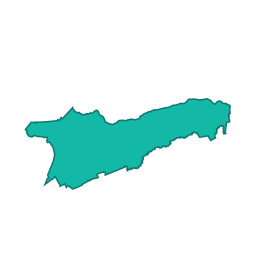 outline of Pesquería, Nuevo León, Mexico, rotated 331°
{"feature_id": "50627088B93761712113478", "entity_name": "Pesquería", "entity_type": "district", "adm_level": 2, "iso_a3": "MEX", "parent_name": "Mexico", "parent_adm1": "Nuevo León", "projection": "albers", "projection_center": [-99.931, 25.747], "detail": "fine", "context": "isolated", "style": "filled", "palette": "teal", "viewbox_px": 256, "rotation_deg": 331, "n_neighbors": 0, "source": "geoboundaries", "source_scale": "gbopen_adm2", "svg_char_len": 5809}
<svg xmlns="http://www.w3.org/2000/svg" viewBox="0 0 256 256"><g transform="rotate(331 128 128)"><path d="M228.0,158.1L227.5,156.9L226.5,155.7L226.2,155.0L225.5,154.2L225.3,153.8L223.5,153.0L222.8,152.4L222.7,151.8L222.8,151.5L222.8,151.2L222.1,149.7L221.4,148.9L220.4,148.4L219.3,148.5L218.2,148.4L216.9,148.8L216.4,149.2L215.9,149.3L215.5,149.1L215.1,148.7L214.8,148.3L214.0,146.3L213.9,145.0L213.5,143.8L211.3,140.8L210.2,140.3L206.6,139.3L205.7,138.8L204.2,138.1L201.1,135.6L199.2,134.4L198.4,134.0L197.5,133.8L195.9,132.6L194.9,132.4L194.4,132.4L191.6,133.5L190.8,133.7L190.0,133.7L188.9,133.4L188.0,133.5L186.1,132.0L181.9,131.4L180.4,131.0L179.3,130.3L177.5,129.9L173.6,129.7L170.2,128.3L169.6,128.2L167.4,127.5L163.6,126.6L161.4,125.9L160.7,125.3L159.9,124.9L157.1,124.5L155.5,124.7L155.1,124.2L153.8,123.8L150.8,123.7L149.4,123.4L148.0,123.4L146.7,123.9L146.1,124.0L145.9,123.8L144.9,123.6L144.1,123.8L143.8,124.5L143.3,124.7L142.0,125.0L140.9,125.0L139.7,124.6L137.6,124.1L137.2,123.5L136.9,123.4L136.5,122.8L135.0,121.7L133.0,121.4L132.3,120.8L130.5,120.8L128.9,120.1L128.5,119.6L127.9,119.3L126.7,118.4L125.9,118.1L124.4,117.3L123.1,117.2L121.6,117.6L119.7,117.8L118.9,117.7L118.0,117.8L117.3,117.5L116.6,117.6L115.1,116.7L114.8,116.1L112.6,114.0L112.0,112.6L111.2,112.1L111.0,111.9L111.0,111.6L111.4,110.7L111.5,108.8L111.8,108.0L111.6,107.5L111.6,106.1L111.2,105.3L110.9,104.4L110.0,103.6L109.5,102.5L109.5,101.9L109.9,100.5L110.0,98.7L109.8,98.2L109.3,97.4L108.3,97.1L106.7,97.0L105.5,97.6L104.7,97.8L104.2,97.8L103.5,97.3L103.0,97.2L102.9,97.0L102.2,96.4L101.5,96.7L99.9,96.5L99.6,96.2L99.6,95.9L99.5,95.7L97.9,95.6L97.6,95.5L97.7,95.3L97.6,95.2L96.9,95.5L96.2,95.2L95.5,94.5L94.7,94.2L94.1,93.4L93.7,93.2L93.6,92.5L93.1,91.6L92.8,91.3L93.0,90.9L91.7,90.2L91.0,89.7L90.3,88.9L89.9,88.1L89.4,87.5L89.4,87.2L89.5,86.5L89.6,85.8L89.1,84.4L89.5,83.3L74.9,88.2L74.7,86.4L71.9,87.8L71.8,87.7L71.4,87.9L70.8,86.7L69.4,87.1L68.9,87.0L58.0,82.3L51.3,78.9L51.1,79.1L50.4,78.2L49.6,78.8L49.4,78.7L49.6,78.1L45.8,76.0L45.1,76.7L43.6,77.0L37.7,79.6L37.8,79.9L37.6,80.0L38.0,81.5L37.6,82.4L37.1,83.1L37.2,84.4L36.9,84.9L37.2,85.7L37.4,87.2L38.4,87.9L38.8,88.7L39.1,88.9L40.5,89.4L41.0,89.4L41.3,89.0L41.6,88.9L42.7,89.3L44.3,91.1L44.9,91.4L45.5,92.1L47.2,93.0L48.9,94.2L49.8,95.5L51.9,96.6L52.9,97.0L52.2,98.6L50.8,99.6L50.5,101.6L52.1,102.2L52.5,102.7L52.9,105.9L52.9,109.8L50.9,115.9L46.8,120.7L35.0,130.2L34.7,132.0L34.8,133.2L33.1,133.0L28.0,137.2L35.6,136.0L37.2,136.3L39.8,135.4L40.7,135.2L40.8,145.4L40.4,145.9L44.7,146.3L45.3,146.3L45.6,146.2L45.3,150.0L46.3,149.5L47.0,149.5L48.3,150.5L49.9,154.5L52.5,155.0L58.7,155.6L60.6,155.6L60.9,155.1L67.6,155.1L67.6,154.9L67.9,154.9L67.9,154.7L68.6,155.4L69.5,155.5L70.6,155.3L74.1,155.6L75.3,156.4L78.0,156.8L78.3,153.4L83.6,154.1L86.3,155.4L86.7,155.8L85.3,158.1L106.7,160.7L107.0,160.1L107.9,160.7L108.8,161.7L107.1,163.4L106.7,165.1L107.1,165.2L107.7,164.4L108.1,164.4L108.4,164.6L109.4,164.4L109.5,165.2L111.0,165.7L111.6,165.8L111.8,165.2L112.4,165.1L112.7,165.6L113.3,165.6L114.0,166.0L114.7,166.3L114.5,166.5L115.6,167.4L116.2,167.4L116.5,167.7L117.0,167.4L117.4,167.5L117.6,167.9L118.1,167.6L118.6,167.0L119.0,167.3L119.2,167.1L121.0,167.1L121.6,166.3L121.3,166.0L121.5,165.7L122.6,165.4L123.4,165.7L123.8,165.2L124.2,165.0L123.9,163.7L124.2,163.2L125.0,163.5L125.5,163.3L125.6,163.7L125.6,163.0L125.8,162.4L126.4,162.5L126.6,161.2L126.3,160.8L126.3,160.6L126.8,160.7L127.3,160.4L127.6,160.5L128.0,160.3L129.0,160.5L130.7,160.3L131.3,160.5L131.7,160.8L132.2,160.8L132.5,160.7L132.7,160.2L132.2,159.8L132.3,159.6L132.5,159.5L133.0,159.7L133.4,160.2L133.6,160.2L133.9,159.8L134.0,159.3L134.3,159.2L135.1,159.2L135.5,159.3L135.9,159.7L136.6,159.8L137.1,159.7L137.4,159.3L138.1,159.5L138.8,159.0L139.3,158.9L140.5,159.3L140.6,159.6L141.1,159.7L141.3,159.4L141.1,159.1L141.1,158.9L141.5,158.5L142.0,158.4L142.4,158.6L143.5,158.5L143.9,158.7L144.4,159.1L145.2,159.6L145.3,159.6L145.6,159.4L146.0,159.8L146.3,160.0L146.2,160.8L146.6,160.8L147.0,161.1L147.6,161.6L148.1,161.3L148.6,161.2L148.8,160.7L149.0,160.6L149.6,160.6L150.5,161.2L150.9,161.9L151.7,162.4L152.2,162.4L152.2,162.9L152.3,163.1L152.7,163.1L153.1,162.7L153.5,162.6L153.9,162.8L154.4,163.3L155.1,163.2L155.7,162.8L156.3,162.9L157.0,162.5L157.2,162.2L157.9,162.4L158.0,161.9L158.3,161.2L157.8,160.7L158.1,160.2L158.3,160.1L159.4,160.2L160.2,160.1L160.8,160.6L161.8,160.8L162.3,160.7L163.0,160.9L163.4,160.9L163.4,160.3L163.6,160.2L164.7,160.6L165.4,160.4L166.9,160.7L167.8,161.0L168.3,161.5L168.4,161.8L168.5,161.8L168.7,161.3L169.6,161.3L169.5,161.9L170.0,161.9L170.4,162.1L171.0,162.7L171.1,163.0L171.3,163.1L171.6,163.0L171.7,163.6L172.1,163.6L172.3,163.9L172.7,164.1L172.8,164.3L173.0,164.4L173.2,164.1L174.4,164.2L174.9,163.9L175.0,164.0L175.5,164.0L175.7,163.6L175.6,163.9L175.9,163.9L176.0,164.0L176.4,163.8L177.0,163.9L177.5,163.8L177.8,163.5L178.9,164.1L180.0,164.3L180.3,164.1L180.3,164.3L181.0,164.3L181.4,164.0L181.3,164.3L182.3,163.6L182.7,163.6L183.0,163.9L184.6,164.1L184.7,164.3L184.5,164.5L184.8,164.7L185.1,165.1L185.2,165.5L185.1,165.9L186.1,166.3L186.0,166.5L186.1,170.8L194.2,173.7L194.2,179.0L199.8,179.1L199.8,177.7L201.5,174.9L202.8,175.8L205.0,172.6L204.9,172.5L205.2,172.5L205.4,172.3L205.1,172.3L205.2,171.8L205.9,171.5L207.7,171.8L207.5,171.3L207.6,171.0L208.1,171.1L208.4,170.9L208.8,171.1L209.3,171.0L209.4,170.7L211.1,171.1L211.2,171.6L211.0,172.0L212.0,172.0L211.9,172.3L212.3,172.7L212.2,173.4L211.9,173.9L211.4,174.4L211.1,174.4L211.0,174.7L210.8,175.7L210.5,176.6L209.6,177.1L209.4,177.8L209.1,179.8L210.6,180.0L210.4,179.7L216.2,171.8L217.1,170.9L219.9,171.9L220.7,169.9L221.7,166.3L222.4,166.6L223.1,164.3L224.3,164.8L225.5,162.2L225.4,162.1L227.0,159.3L227.6,159.1L227.6,158.6L228.0,158.1Z" fill="#14b8a6" stroke="#0f766e" stroke-width="1.5"/></g></svg>